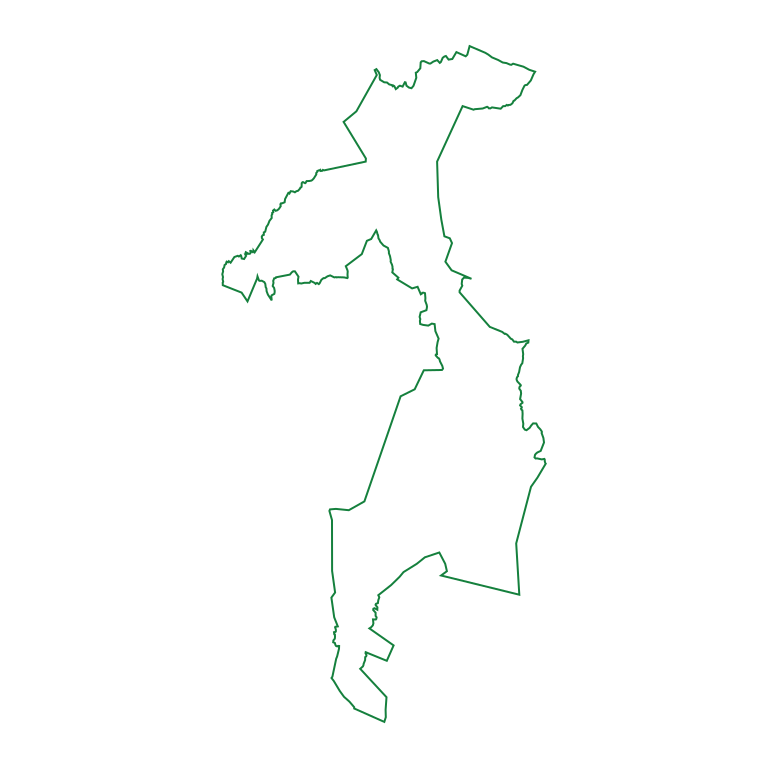 San Juan Bautista Cuicatlán, Oaxaca, Mexico (Equal Earth projection)
{"feature_id": "50627088B27189344444752", "entity_name": "San Juan Bautista Cuicatlán", "entity_type": "district", "adm_level": 2, "iso_a3": "MEX", "parent_name": "Mexico", "parent_adm1": "Oaxaca", "projection": "equal_earth", "projection_center": [-96.99, 17.726], "detail": "fine", "context": "isolated", "style": "outline", "palette": "green", "viewbox_px": 768, "rotation_deg": 0, "n_neighbors": 0, "source": "geoboundaries", "source_scale": "gbopen_adm2", "svg_char_len": 6045}
<svg xmlns="http://www.w3.org/2000/svg" viewBox="0 0 768 768"><path d="M506.5,63.1L502.7,62.5L498.2,60.0L492.0,57.4L488.3,54.6L485.3,52.8L469.6,46.1L467.3,54.7L465.7,56.3L456.4,52.1L452.3,59.0L448.6,59.6L445.9,56.0L444.4,56.5L442.7,57.8L440.9,62.0L439.8,62.9L437.2,60.1L433.3,61.6L430.5,63.5L429.2,63.5L423.9,61.1L421.6,61.3L420.7,62.4L420.3,68.3L417.2,72.1L415.8,72.7L416.3,77.8L413.5,85.8L411.5,88.2L409.0,87.6L406.5,85.7L405.6,82.4L404.9,82.2L402.6,86.6L399.9,85.7L398.2,86.7L397.8,87.6L395.8,89.1L394.3,86.1L393.6,85.7L392.8,86.3L392.1,85.5L392.3,85.2L389.2,84.4L387.0,82.5L384.2,82.3L380.1,79.8L379.6,77.9L379.9,75.1L378.8,72.3L376.4,69.1L374.7,70.1L376.8,75.0L356.4,111.3L343.6,121.9L365.9,158.5L365.7,161.6L324.0,170.4L322.9,169.9L322.2,170.8L320.8,171.0L320.2,169.9L319.5,170.5L319.0,170.3L317.3,171.0L317.3,171.7L316.2,173.1L316.3,174.4L313.8,178.4L312.3,180.0L311.4,180.6L309.3,181.0L306.6,181.1L305.5,183.0L305.1,183.2L303.0,182.1L302.5,182.2L301.7,183.2L301.6,186.8L301.2,187.3L300.4,187.6L300.0,188.6L298.0,190.8L296.4,191.2L294.9,192.3L293.2,191.5L290.7,191.2L289.5,193.4L288.9,192.7L288.4,192.8L285.1,199.0L284.6,202.3L281.6,203.5L281.1,203.3L280.6,203.8L280.4,204.5L280.7,206.2L279.0,208.8L277.3,210.3L275.6,210.8L274.3,209.5L273.0,210.6L273.3,212.2L272.1,213.0L272.3,214.1L271.6,215.3L271.7,218.0L269.5,220.8L268.0,224.6L266.4,226.9L265.2,231.7L263.8,232.4L263.8,234.9L262.7,235.2L261.8,236.5L261.9,238.1L262.9,239.5L254.7,252.3L253.4,250.4L253.3,251.7L252.9,252.2L250.8,250.8L250.3,251.0L250.8,252.4L250.1,253.6L248.9,253.9L245.8,252.2L245.7,252.5L246.8,253.1L246.7,254.2L245.2,254.3L246.0,256.0L244.1,259.0L241.7,258.5L241.2,256.0L240.7,255.2L238.9,256.5L237.8,255.8L234.4,257.0L230.6,262.7L228.8,261.2L228.0,262.3L226.7,261.6L226.3,262.3L226.0,264.0L224.6,265.0L224.1,267.5L222.8,269.3L223.1,271.4L222.3,274.2L223.0,277.1L222.6,279.1L223.2,281.8L222.7,282.6L222.8,285.2L241.6,292.6L247.5,301.4L257.1,278.5L257.5,276.4L259.0,280.5L259.9,280.9L261.7,280.7L264.3,282.1L265.3,283.9L265.7,287.2L266.4,288.4L266.6,291.2L267.9,294.6L271.7,300.4L271.3,296.2L271.7,295.3L274.3,293.9L274.6,292.6L274.7,290.9L274.1,287.9L272.7,286.0L273.5,282.9L273.2,280.9L274.2,278.3L275.6,278.1L276.0,277.3L289.9,274.6L291.8,272.3L293.2,271.3L294.9,271.3L298.5,276.7L298.0,279.6L298.2,283.4L299.6,283.2L301.3,283.5L304.4,282.8L309.6,282.8L310.8,281.0L314.8,283.0L315.6,283.9L317.0,282.9L318.8,284.1L319.6,283.3L321.4,279.8L323.5,278.1L324.8,278.1L327.5,276.3L330.2,275.4L334.3,277.4L336.0,277.1L336.6,277.4L337.9,277.2L344.1,277.4L347.3,278.1L347.7,277.7L347.5,274.4L347.7,271.4L347.4,270.1L345.8,266.2L361.8,254.1L366.9,240.8L371.2,239.0L376.2,230.4L376.9,231.8L377.6,234.6L378.0,235.0L378.5,238.4L379.5,239.9L380.2,241.7L383.5,245.5L387.9,247.9L388.9,251.3L388.9,253.2L390.0,256.1L390.8,260.2L390.6,261.3L390.8,262.1L392.0,264.7L392.5,266.7L392.5,268.8L392.9,269.2L392.3,272.4L398.4,277.7L397.2,279.4L412.1,288.4L417.6,286.8L420.8,294.3L421.8,293.7L422.3,292.8L423.6,292.7L425.0,293.2L425.4,298.1L425.2,300.8L426.7,304.9L427.0,306.7L426.8,308.2L426.4,310.2L420.7,312.3L419.6,316.9L420.3,319.1L419.9,320.9L420.2,324.0L423.1,324.9L428.3,325.6L431.8,323.6L434.6,324.1L435.4,331.2L438.6,338.6L437.6,342.1L436.6,348.0L437.0,354.2L435.8,354.6L435.7,355.4L437.8,357.8L438.8,358.3L439.5,359.4L440.0,361.4L442.3,365.9L443.0,368.6L442.1,369.9L441.3,370.0L423.8,370.3L414.7,389.3L400.6,396.3L364.4,501.4L348.8,510.2L335.9,508.9L330.0,509.4L329.4,510.9L332.0,520.1L332.1,570.9L335.1,592.5L331.4,597.6L334.2,617.3L337.8,626.4L335.3,626.8L335.1,627.3L335.8,629.4L335.9,631.2L335.5,631.9L334.0,632.2L334.3,634.3L334.9,634.5L335.0,636.9L334.8,638.7L333.4,640.4L333.2,642.3L334.9,643.0L335.4,644.9L336.1,646.0L337.2,646.4L338.1,645.9L339.1,646.0L339.0,648.8L337.1,656.5L336.2,658.7L332.4,676.7L331.5,678.0L333.8,681.0L339.8,691.0L344.0,696.8L349.4,701.6L354.2,707.2L354.2,708.5L384.3,721.9L385.8,717.2L385.6,709.8L386.5,697.2L360.2,668.8L362.9,666.4L363.5,665.0L363.6,663.9L365.1,660.1L365.2,657.1L366.2,656.3L366.5,655.1L365.5,653.2L365.7,652.2L386.8,660.8L393.6,645.4L369.4,628.4L371.2,627.2L372.8,625.4L373.4,623.4L373.0,619.4L375.8,619.5L376.3,618.9L376.6,617.3L375.6,615.9L375.6,612.7L373.2,610.0L373.4,608.7L374.5,608.2L377.3,609.7L377.4,607.3L375.6,605.0L375.6,604.5L376.0,603.8L377.9,603.1L378.3,600.2L379.3,597.3L378.3,595.2L391.2,585.0L399.6,576.8L403.5,572.1L416.8,563.8L424.9,557.3L439.3,552.5L445.2,563.8L446.9,571.2L441.1,575.5L519.3,594.7L516.2,543.4L531.0,486.8L537.4,477.7L545.7,463.7L545.4,463.4L544.8,461.4L544.7,459.4L544.3,458.9L541.8,459.4L537.1,458.4L535.6,458.5L534.5,457.4L535.0,454.9L535.8,453.8L537.3,452.5L540.7,450.9L544.0,442.5L543.4,438.0L541.6,433.0L541.9,432.2L541.8,431.5L540.3,429.3L538.0,426.9L536.3,423.5L533.1,423.4L531.2,425.5L529.7,427.8L526.5,430.2L524.8,429.6L523.0,427.0L523.3,423.7L522.4,418.6L522.6,413.8L522.4,410.4L521.4,409.6L521.0,408.7L521.6,408.0L521.8,407.2L520.1,405.4L520.5,404.3L522.5,402.8L522.5,402.1L520.1,399.1L521.1,393.6L520.8,390.8L519.3,388.7L519.3,387.9L519.7,386.6L520.8,385.6L520.7,385.0L517.4,381.5L516.6,379.7L516.6,378.6L517.0,377.3L518.0,376.2L517.9,375.1L519.1,372.1L520.0,367.2L521.2,364.6L522.3,363.3L523.1,358.1L522.9,356.3L523.2,354.2L522.5,348.8L525.2,345.6L526.3,343.5L528.3,342.6L528.5,340.3L522.8,341.8L518.1,342.4L517.4,342.5L516.2,341.7L514.0,341.7L512.3,339.4L510.8,338.7L507.3,334.8L505.4,333.7L504.7,333.9L502.2,331.9L489.8,326.9L459.6,292.3L459.6,290.6L462.3,285.7L461.7,284.0L462.2,279.5L464.0,277.6L468.2,277.9L471.5,278.8L451.6,270.3L445.4,261.7L452.0,243.1L449.8,238.3L444.4,236.3L441.3,219.5L438.2,197.1L437.1,161.6L462.6,106.1L473.6,109.7L474.7,109.2L482.7,108.5L487.1,106.8L488.4,107.6L488.8,108.3L490.3,108.4L492.0,107.4L500.7,108.7L503.2,106.1L505.2,106.1L506.8,104.9L507.9,105.5L508.5,105.0L510.5,104.8L512.4,103.3L513.6,100.8L514.4,100.6L516.6,98.2L517.9,97.5L520.4,95.2L522.4,89.9L524.5,85.7L525.3,85.1L527.0,84.9L530.8,80.5L533.5,74.3L535.1,71.7L529.3,69.8L523.5,66.7L513.1,63.7L511.3,64.8L510.0,64.6L506.5,63.1Z" fill="none" stroke="#15803d" stroke-width="2"/></svg>